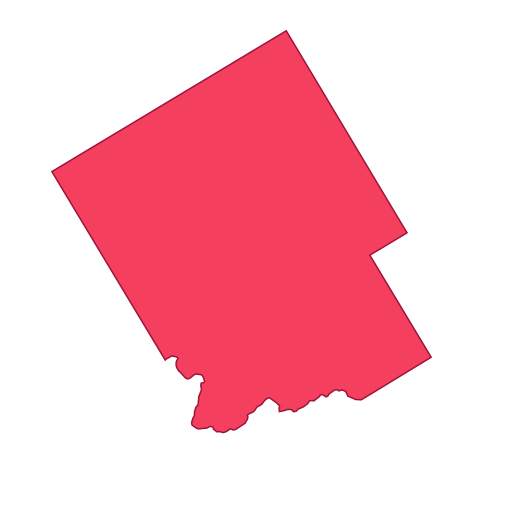 the district of Dickinson, Michigan, United States of America, rotated 329°
{"feature_id": "52423323B53392276693289", "entity_name": "Dickinson", "entity_type": "district", "adm_level": 2, "iso_a3": "USA", "parent_name": "United States of America", "parent_adm1": "Michigan", "projection": "robinson", "projection_center": [-88.007, 45.984], "detail": "fine", "context": "isolated", "style": "filled", "palette": "rose", "viewbox_px": 512, "rotation_deg": 329, "n_neighbors": 0, "source": "geoboundaries", "source_scale": "gbopen_adm2", "svg_char_len": 1597}
<svg xmlns="http://www.w3.org/2000/svg" viewBox="0 0 512 512"><g transform="rotate(329 256 256)"><path d="M397.5,254.9L397.9,78.5L124.5,78.5L124.6,298.4L125.5,298.1L131.3,298.2L132.3,298.3L135.8,301.4L136.4,302.9L136.4,303.7L134.3,304.8L132.8,306.0L131.3,308.5L130.7,310.2L130.5,312.6L130.6,315.1L130.9,315.4L132.8,324.3L133.7,325.9L136.1,326.7L142.6,325.9L143.8,326.3L148.1,329.7L148.5,332.1L147.4,337.0L146.1,337.6L143.9,336.8L143.3,336.9L142.0,338.6L140.7,341.9L139.9,343.0L134.7,346.9L130.2,353.0L128.9,354.1L127.4,354.3L126.0,355.2L122.5,358.5L121.3,360.8L118.6,362.4L115.4,365.2L114.7,366.2L114.1,368.0L116.4,373.2L117.7,374.6L125.1,378.1L128.6,378.4L129.7,379.0L130.9,380.8L130.8,381.6L130.3,382.5L132.0,386.7L134.0,387.5L137.1,390.6L140.0,391.2L144.9,391.0L145.6,391.5L146.7,393.3L149.1,394.2L156.6,393.9L160.8,393.7L161.9,392.7L164.0,391.9L166.1,390.0L166.5,388.1L166.7,387.9L170.1,387.7L171.4,388.1L173.6,388.2L175.6,387.6L178.8,386.0L184.6,386.1L187.6,384.8L190.7,383.9L193.1,384.0L194.0,384.3L195.0,385.5L198.0,392.4L198.9,396.4L198.4,397.7L197.5,398.0L195.9,401.4L201.1,403.2L203.5,403.6L206.5,405.2L208.1,407.4L207.7,408.3L208.4,409.1L210.7,409.7L213.3,409.0L219.0,409.7L224.2,409.2L227.2,407.7L228.6,408.2L231.1,410.0L238.2,409.1L238.9,408.4L239.9,408.4L240.6,408.5L241.6,409.3L242.4,410.3L243.1,412.3L244.0,413.0L245.3,413.1L247.5,411.9L252.8,411.5L254.2,411.4L256.3,412.1L257.7,414.4L260.6,415.0L262.7,417.6L263.3,419.4L262.9,419.7L262.6,423.4L267.5,430.3L272.2,433.5L354.0,433.0L354.0,313.9L397.4,313.9L397.5,254.9Z" fill="#f43f5e" stroke="#9f1239" stroke-width="1.5"/></g></svg>